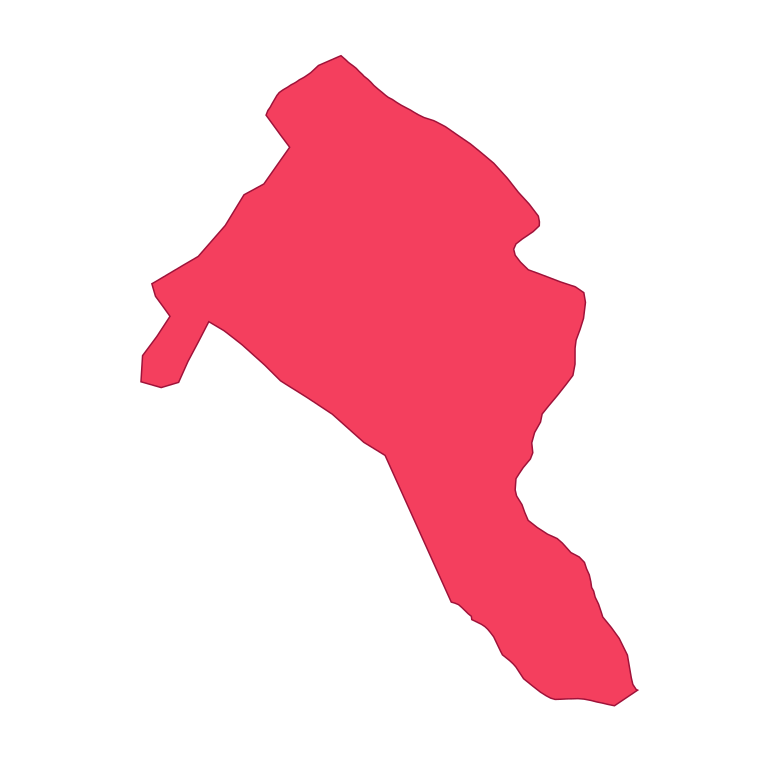 Corinth Estate, Gros Islet, Saint Lucia (Equal Earth projection), rotated 88°
{"feature_id": "8701671B94015264983282", "entity_name": "Corinth Estate", "entity_type": "district", "adm_level": 2, "iso_a3": "LCA", "parent_name": "Saint Lucia", "parent_adm1": "Gros Islet", "projection": "equal_earth", "projection_center": [-60.954, 14.043], "detail": "fine", "context": "isolated", "style": "filled", "palette": "rose", "viewbox_px": 768, "rotation_deg": 88, "n_neighbors": 0, "source": "geoboundaries", "source_scale": "gbopen_adm2", "svg_char_len": 2450}
<svg xmlns="http://www.w3.org/2000/svg" viewBox="0 0 768 768"><g transform="rotate(88 384 384)"><path d="M55.2,417.7L63.4,438.4L70.3,446.3L72.0,448.9L74.4,452.7L75.5,454.8L77.1,458.1L78.2,459.7L79.5,461.8L80.5,463.7L81.7,466.3L84.0,470.0L85.7,473.2L86.7,475.0L89.1,478.6L90.7,479.9L91.8,480.9L95.6,483.3L100.2,486.2L103.3,488.0L106.6,490.5L111.2,492.5L131.9,478.5L144.1,470.0L155.7,478.8L179.9,497.1L190.0,517.3L220.0,537.1L250.0,565.2L253.2,571.1L256.8,577.8L258.3,580.6L274.3,609.8L275.7,612.5L279.4,611.6L288.4,609.3L300.6,601.0L308.9,595.5L328.5,609.3L339.5,618.1L347.2,624.3L373.3,626.8L379.8,606.8L375.2,589.2L354.6,579.1L335.0,567.8L322.0,560.5L315.6,556.9L325.1,542.1L331.8,534.0L339.8,524.5L360.9,502.6L377.2,487.3L380.8,482.1L394.3,462.1L408.1,442.7L410.9,438.8L412.2,436.9L441.6,406.2L455.4,385.4L604.3,324.4L605.4,321.0L607.1,317.2L609.9,314.2L616.5,307.9L619.2,304.8L622.5,304.5L627.5,295.1L630.0,291.6L632.5,289.1L635.7,286.6L640.5,283.2L648.1,279.9L655.2,276.8L658.8,275.1L664.8,268.1L668.2,264.7L671.5,262.0L683.4,254.8L691.2,245.8L697.5,238.3L701.3,232.7L703.8,228.3L705.2,224.0L705.2,218.7L705.1,211.7L705.2,206.6L705.2,201.2L705.9,195.1L707.5,188.1L709.2,182.4L710.5,176.9L712.0,171.5L713.6,164.9L698.8,141.2L698.0,142.7L692.9,145.8L686.3,147.1L672.3,149.0L663.4,150.2L652.1,155.3L646.5,157.8L635.3,165.3L624.5,173.5L619.8,174.8L611.4,177.3L604.4,180.4L598.3,181.7L594.6,183.6L588.9,184.2L581.9,185.5L575.8,188.0L569.3,189.9L563.7,194.9L559.0,203.1L549.2,211.3L544.5,216.3L539.8,225.8L532.8,235.8L525.3,244.7L517.3,247.8L509.4,250.3L500.5,255.4L494.4,256.6L483.2,255.4L478.5,252.2L472.4,247.8L464.0,240.3L457.9,237.7L448.0,238.4L437.8,235.2L427.5,228.9L419.5,227.0L411.5,220.1L401.7,211.3L390.5,201.8L382.0,194.9L370.8,192.4L354.9,191.8L346.9,190.5L336.2,186.1L325.4,182.3L309.5,179.8L299.7,181.1L293.6,189.3L288.0,204.4L279.5,224.5L274.9,235.8L266.9,243.4L259.9,248.4L253.8,249.7L248.6,247.2L244.0,240.9L236.9,229.6L231.3,223.3L227.4,223.0L221.6,223.9L209.3,232.6L197.0,243.1L182.7,253.5L167.2,266.6L156.2,278.8L147.1,289.2L136.8,303.2L129.0,313.6L123.8,322.7L122.5,325.2L119.1,334.7L116.0,340.5L113.3,344.8L111.2,347.9L108.7,352.3L106.0,357.0L103.1,361.4L100.0,365.6L97.7,369.7L95.7,372.2L92.5,375.7L89.2,379.5L85.3,383.7L81.9,386.6L79.0,389.4L75.6,393.4L74.0,394.7L70.7,398.0L67.5,400.8L64.7,404.1L62.7,406.7L61.2,408.5L58.9,410.7L55.8,414.0L54.4,415.5L55.2,417.7Z" fill="#f43f5e" stroke="#9f1239" stroke-width="1.5"/></g></svg>